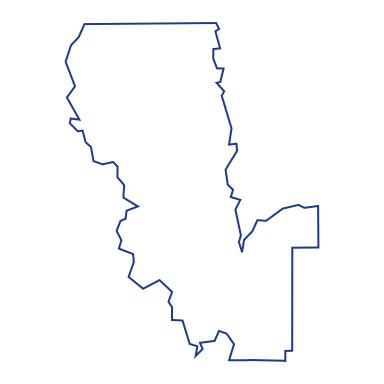 Sutter, California, United States of America (Natural Earth projection)
{"feature_id": "52423323B19973672472498", "entity_name": "Sutter", "entity_type": "district", "adm_level": 2, "iso_a3": "USA", "parent_name": "United States of America", "parent_adm1": "California", "projection": "natural_earth1", "projection_center": [-121.688, 39.02], "detail": "fine", "context": "isolated", "style": "outline", "palette": "blue", "viewbox_px": 384, "rotation_deg": 0, "n_neighbors": 0, "source": "geoboundaries", "source_scale": "gbopen_adm2", "svg_char_len": 1163}
<svg xmlns="http://www.w3.org/2000/svg" viewBox="0 0 384 384"><path d="M318.1,206.0L304.4,207.8L298.5,204.9L282.7,208.6L266.1,220.8L257.4,220.2L252.4,231.2L244.0,240.0L242.1,252.2L238.9,242.0L240.9,235.4L235.4,209.6L240.3,199.9L230.8,197.0L233.0,189.8L227.7,184.6L225.6,169.6L237.1,150.8L236.4,143.7L229.1,144.6L231.5,128.3L221.7,95.7L224.2,91.3L216.6,82.8L220.3,82.0L223.6,68.5L217.0,68.4L213.2,58.3L213.4,49.0L220.1,48.4L215.4,31.3L219.1,29.0L216.1,23.0L84.5,24.1L78.6,37.3L71.0,45.3L65.6,61.7L75.0,86.3L66.9,97.5L79.4,119.7L70.8,118.5L69.8,123.3L77.9,131.3L82.6,130.6L85.6,142.2L91.0,147.0L93.5,161.1L102.6,164.3L113.0,162.0L117.6,166.6L117.4,177.2L124.2,185.1L123.4,197.6L137.9,206.4L126.6,210.7L125.5,218.8L120.5,220.9L116.6,230.8L121.4,240.3L118.9,248.6L133.1,254.1L133.8,262.0L128.6,276.9L143.1,288.7L159.5,280.1L172.1,291.9L168.5,301.7L172.0,307.1L172.0,320.0L182.5,320.5L189.7,343.9L197.3,346.3L195.6,356.0L202.6,349.0L200.0,342.8L214.6,340.9L219.0,330.9L226.6,333.6L234.0,344.2L229.1,360.2L245.9,360.3L249.5,360.0L282.9,360.7L285.3,361.0L285.3,351.0L292.2,350.7L292.3,247.7L318.4,247.5L318.1,206.0Z" fill="none" stroke="#1e3a8a" stroke-width="2"/></svg>